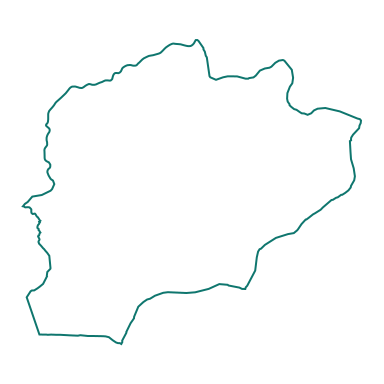 Zacapa, Zacapa, Guatemala
{"feature_id": "79465075B10782882700872", "entity_name": "Zacapa", "entity_type": "district", "adm_level": 2, "iso_a3": "GTM", "parent_name": "Guatemala", "parent_adm1": "Zacapa", "projection": "mercator", "projection_center": [-89.497, 14.973], "detail": "fine", "context": "isolated", "style": "outline", "palette": "teal", "viewbox_px": 384, "rotation_deg": 0, "n_neighbors": 0, "source": "geoboundaries", "source_scale": "gbopen_adm2", "svg_char_len": 5030}
<svg xmlns="http://www.w3.org/2000/svg" viewBox="0 0 384 384"><path d="M121.3,344.0L122.3,342.1L122.2,340.6L126.4,332.7L126.3,332.0L130.6,323.2L134.0,318.3L134.1,316.8L138.3,306.7L143.3,302.1L147.1,299.5L150.1,298.7L155.0,295.7L163.2,292.8L167.9,292.2L186.4,293.0L195.2,292.3L208.7,288.9L219.3,284.1L227.7,284.8L228.5,285.5L239.4,287.6L242.0,288.9L245.3,289.0L245.7,287.4L247.2,285.8L255.2,270.6L256.8,257.3L258.1,251.6L259.6,249.2L261.0,248.7L264.9,244.9L273.4,239.5L275.9,237.9L288.0,234.1L293.8,233.1L297.2,230.3L298.0,229.3L301.5,224.1L305.7,219.5L306.4,219.5L308.7,217.8L313.1,214.3L314.8,213.4L320.7,209.7L322.8,207.5L331.5,200.0L332.9,199.8L336.0,197.8L337.8,197.3L341.2,194.8L342.2,194.8L345.2,192.9L348.4,190.4L350.7,187.5L351.0,185.9L354.2,180.3L354.9,176.3L353.7,168.3L351.0,159.2L350.5,151.9L349.9,141.1L351.1,140.3L351.0,139.4L351.2,137.6L353.1,134.6L359.1,128.2L359.5,125.6L360.7,123.1L361.0,120.5L359.8,119.1L357.6,118.6L339.8,111.4L325.3,108.0L317.6,108.7L314.0,110.4L311.2,113.3L307.6,114.8L304.3,113.5L301.7,113.3L299.8,112.1L296.5,109.8L294.1,109.1L291.3,106.9L289.6,105.3L289.5,104.2L287.7,101.6L287.1,98.7L287.4,93.1L289.9,86.7L292.3,83.3L293.1,77.8L291.8,69.8L284.4,60.7L282.9,60.0L280.5,60.4L279.0,60.6L275.3,62.8L271.4,66.7L269.5,67.7L264.8,68.5L259.9,70.6L255.8,75.6L253.5,77.4L249.1,78.1L248.2,78.7L245.7,78.7L237.1,76.4L227.8,76.3L223.1,77.3L216.0,79.8L210.3,77.3L209.5,76.1L206.8,57.3L205.8,55.8L204.8,51.6L203.5,49.5L203.4,48.0L198.4,40.8L197.2,40.0L195.7,40.1L194.8,41.7L194.3,42.7L193.7,43.6L193.0,44.4L191.8,45.4L190.6,46.0L189.7,46.1L188.9,46.1L187.9,46.1L186.7,45.9L185.8,45.7L183.8,45.2L182.0,44.7L180.6,44.3L174.8,43.8L173.9,43.6L173.0,43.6L172.2,43.8L171.2,44.2L169.7,44.9L167.7,46.2L166.0,47.4L164.5,48.8L163.1,50.3L161.7,51.7L160.6,52.7L159.5,53.3L158.4,53.7L153.1,55.2L151.2,55.5L149.0,55.9L147.8,56.4L146.1,57.2L143.9,58.3L142.3,59.5L139.7,62.1L139.1,62.7L138.3,63.3L136.9,64.9L136.4,65.3L135.5,65.6L134.6,65.7L133.5,65.7L132.4,65.5L131.0,65.1L129.8,65.0L128.9,65.1L128.0,65.1L127.2,65.3L126.4,65.6L125.7,65.9L124.6,66.5L123.8,67.0L123.0,67.6L122.4,68.2L122.0,68.9L121.7,69.7L121.4,70.3L121.0,71.2L120.5,71.8L119.9,72.4L118.7,73.1L117.7,73.1L116.9,73.0L115.7,73.0L114.9,73.2L114.3,73.7L113.7,74.4L113.3,75.2L113.0,76.0L112.7,77.0L112.5,77.9L112.2,79.0L111.7,79.6L110.8,80.4L110.1,80.6L109.4,80.6L108.7,80.5L107.5,80.4L106.8,80.4L105.7,80.4L104.6,80.7L102.0,82.0L100.1,82.6L99.1,83.0L98.0,83.5L96.9,84.0L96.1,84.4L95.3,84.6L94.4,84.8L93.2,84.8L92.5,84.8L91.5,84.6L90.8,84.3L89.0,84.0L88.2,84.3L86.9,84.9L85.4,85.8L83.4,87.3L81.9,88.0L81.1,88.0L80.3,87.9L79.4,87.8L78.3,87.4L76.9,87.0L75.6,86.6L74.3,86.5L73.0,86.6L72.2,86.6L71.5,86.9L70.4,87.6L69.4,88.6L68.5,89.8L67.4,91.2L65.7,93.3L61.0,97.8L58.1,100.4L56.5,101.8L55.5,102.9L53.9,105.4L52.2,107.5L50.3,109.6L49.1,111.1L48.4,113.0L48.2,114.0L48.2,115.1L48.2,116.1L48.2,117.5L48.2,118.7L48.2,119.4L48.1,120.1L48.0,121.3L47.7,122.6L47.1,123.5L46.3,124.3L46.0,125.2L46.4,126.1L46.9,126.5L47.7,127.2L48.2,127.6L49.1,128.4L49.6,129.3L49.7,130.5L49.4,131.8L49.0,132.5L48.3,133.4L47.6,134.7L47.2,135.6L46.8,136.9L46.6,137.8L46.6,138.9L46.6,140.2L46.8,141.1L47.1,142.2L47.1,143.0L47.2,144.5L47.0,145.4L46.1,146.7L45.5,147.4L45.0,148.2L44.6,149.0L44.4,150.1L44.5,151.9L44.6,156.0L44.6,157.5L44.7,158.6L45.0,159.7L45.5,160.2L46.1,160.9L47.1,161.5L48.1,162.0L48.8,162.3L49.8,163.8L50.3,164.7L50.3,166.0L50.2,167.0L49.8,167.8L49.1,168.5L48.3,169.1L47.6,170.4L47.4,171.4L47.4,172.3L47.7,173.2L48.6,175.5L49.2,176.5L50.5,178.7L51.3,179.5L52.2,180.0L53.0,180.6L54.3,184.1L52.1,189.1L50.6,190.7L41.8,195.0L32.3,196.6L27.7,202.0L24.9,203.9L23.0,206.3L24.0,206.5L24.7,207.1L24.9,207.2L25.2,207.3L25.9,207.3L27.9,207.2L29.1,207.3L29.6,207.5L30.5,208.4L31.2,209.2L31.3,209.4L31.3,210.5L31.3,211.2L31.3,212.0L31.4,212.5L31.5,212.9L32.4,213.8L32.8,214.0L33.3,213.9L33.8,213.8L34.3,213.7L34.8,213.6L35.1,213.8L35.6,214.4L36.5,216.0L36.9,216.6L37.3,216.9L37.8,217.3L38.1,217.5L38.4,218.2L39.0,219.0L39.2,219.4L39.5,219.8L39.9,220.5L40.1,220.8L40.3,220.9L40.0,221.3L39.8,221.5L39.6,221.6L39.4,221.7L39.1,221.8L39.2,222.1L39.4,222.2L39.7,222.4L39.8,222.5L39.3,223.1L39.2,223.6L39.0,224.0L38.6,224.4L38.2,224.8L37.8,225.5L37.4,226.9L37.4,227.9L37.8,228.3L38.2,228.6L38.6,228.9L38.7,229.5L38.6,230.1L39.3,230.8L39.8,231.7L40.4,232.6L39.6,233.3L39.3,234.7L39.1,235.4L38.4,235.6L38.1,236.5L38.8,237.8L39.5,239.2L39.4,239.9L39.1,240.4L38.8,240.9L38.6,241.2L38.5,241.7L38.5,242.1L38.7,242.5L38.8,242.9L39.0,243.2L39.0,243.6L39.6,244.2L40.6,245.3L41.1,245.8L41.6,246.4L41.9,246.8L42.4,247.3L42.8,247.9L43.3,248.4L44.1,249.1L45.4,250.8L47.1,252.7L49.3,255.8L50.5,268.2L50.3,268.9L47.3,272.0L46.8,275.9L47.0,276.3L43.1,283.9L39.7,286.7L37.4,288.4L34.2,290.4L31.8,290.5L30.6,291.3L26.7,297.3L39.4,334.5L43.3,334.6L46.2,334.6L47.8,334.8L51.1,334.6L56.2,334.8L60.2,334.8L69.2,335.3L77.9,335.7L80.3,335.2L87.9,336.0L93.0,336.0L103.2,336.2L105.7,336.4L108.9,337.2L112.8,340.3L116.1,342.5L117.9,343.1L119.8,343.1L121.3,344.0Z" fill="none" stroke="#0f766e" stroke-width="2"/></svg>